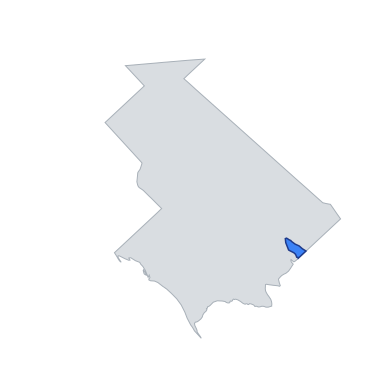 Djigueni, Hodh ech Chargui, Mauritania (highlighted), rotated 317°
{"feature_id": "47542326B52298833192374", "entity_name": "Djigueni", "entity_type": "district", "adm_level": 2, "iso_a3": "MRT", "parent_name": "Mauritania", "parent_adm1": "Hodh ech Chargui", "projection": "equal_earth", "projection_center": [-8.77, 16.018], "detail": "fine", "context": "in_parent", "style": "filled", "palette": "blue", "viewbox_px": 384, "rotation_deg": 317, "n_neighbors": 0, "source": "geoboundaries", "source_scale": "gbopen_adm2", "svg_char_len": 3733}
<svg xmlns="http://www.w3.org/2000/svg" viewBox="0 0 384 384"><g transform="rotate(317 192 192)"><path d="M169.6,328.4L169.2,328.2L167.5,326.6L166.6,324.7L165.2,323.2L163.3,322.3L162.0,321.2L161.5,319.9L160.8,319.1L160.0,318.7L159.9,318.2L160.1,317.6L160.0,316.5L158.8,314.0L157.8,312.8L156.9,313.0L156.4,312.7L156.1,312.1L156.0,311.3L155.3,310.6L154.3,310.3L153.4,308.4L152.8,305.0L152.0,302.3L151.0,300.4L150.2,299.7L149.7,299.6L149.5,299.3L149.4,298.7L148.6,298.5L147.4,299.1L146.4,298.9L145.9,298.0L145.2,297.9L144.3,298.6L143.4,298.4L142.3,297.2L141.7,296.0L141.6,294.8L139.8,292.4L136.3,288.8L132.4,287.1L128.2,287.3L125.9,287.1L125.4,286.6L124.9,286.6L124.3,287.3L123.8,287.4L123.2,287.0L122.8,287.3L122.7,288.2L121.2,288.7L118.4,288.7L116.1,289.3L114.3,290.4L111.9,290.9L108.7,290.7L106.8,290.3L106.2,289.7L105.3,289.5L104.1,289.9L103.0,291.6L102.0,294.9L101.3,296.7L100.6,297.2L100.0,299.6L99.5,303.6L99.0,305.3L99.1,295.3L100.0,291.6L100.4,288.3L102.4,281.0L104.8,275.1L107.1,267.2L108.0,259.6L107.8,252.2L107.3,245.6L106.3,241.2L105.3,234.9L103.8,231.5L101.1,228.6L100.5,226.9L101.1,226.3L102.9,225.9L104.0,223.6L101.7,224.5L104.4,217.5L105.3,212.8L105.3,209.7L105.8,207.8L103.8,203.7L102.4,198.4L101.6,197.6L100.7,197.2L100.6,198.4L100.2,199.5L99.2,198.8L97.5,195.1L95.2,188.9L94.4,188.3L93.6,189.1L93.2,189.9L92.3,195.1L92.0,193.0L92.4,190.6L93.1,187.7L93.9,183.5L96.0,183.5L99.7,183.5L107.2,183.5L111.0,183.5L118.5,183.5L122.3,183.5L129.8,183.5L133.5,183.5L141.0,183.5L144.8,183.5L152.3,183.5L156.1,183.4L158.5,183.4L158.4,180.5L158.3,178.2L158.2,175.1L158.1,172.0L158.0,168.9L157.8,166.0L157.7,163.1L157.6,160.4L157.5,158.0L157.3,156.5L156.6,153.7L156.4,152.3L156.6,150.9L157.2,149.5L158.7,146.9L160.9,145.0L163.5,142.7L165.4,141.0L166.4,140.6L169.5,140.0L171.9,138.7L174.2,137.4L175.2,136.7L175.3,134.4L175.8,81.9L187.2,81.9L190.2,81.9L211.2,81.9L214.2,81.9L229.5,81.9L229.5,79.5L229.5,75.9L229.5,71.1L229.5,66.3L229.5,57.8L229.5,54.2L232.5,56.6L238.5,61.3L241.6,63.7L247.6,68.4L253.7,73.2L259.8,77.9L262.8,80.3L265.9,82.7L268.9,85.1L272.0,87.5L278.1,92.3L280.6,94.3L284.6,97.5L288.3,100.5L292.0,103.5L286.3,103.5L278.7,103.5L273.6,103.5L268.3,103.5L263.3,103.6L263.8,108.5L264.3,113.9L264.7,119.3L265.2,124.7L265.7,130.1L267.2,146.4L267.7,151.8L268.2,157.2L268.7,162.7L269.2,168.1L270.2,179.0L270.7,184.5L271.2,190.0L271.7,195.5L272.2,200.9L272.7,206.4L273.7,217.4L274.2,222.9L274.7,228.4L275.2,233.9L275.7,239.4L276.2,244.9L276.7,250.4L277.2,256.0L278.3,267.0L278.8,272.6L279.3,278.1L279.8,283.7L280.3,289.0L282.2,291.9L284.8,295.4L284.1,300.4L283.2,306.4L282.3,313.0L275.4,313.0L268.6,313.0L251.6,313.0L248.3,313.0L231.3,313.0L227.9,313.0L221.3,313.0L219.4,312.8L218.7,312.3L218.4,308.9L217.9,309.2L217.2,310.2L216.8,311.2L216.9,312.6L216.8,313.8L214.7,314.3L211.7,315.1L208.6,315.7L205.5,315.5L204.4,315.2L203.3,314.8L200.8,314.3L199.4,314.3L197.9,314.4L196.0,314.6L195.4,315.3L194.0,317.8L192.7,320.7L191.8,320.7L190.8,319.1L188.2,316.1L184.9,312.1L183.4,310.1L182.6,309.8L181.1,311.3L179.7,312.6L178.3,314.6L177.7,316.4L177.2,318.6L176.9,321.2L176.4,324.2L175.3,326.6L173.9,328.5L172.9,329.3L172.5,329.8L169.6,328.4ZM102.9,219.3L101.8,221.5L101.4,220.6L101.2,219.2L102.2,217.2L102.7,216.2L103.5,215.8L102.9,219.3Z" fill="#d9dde1" stroke="#a8b0b8" stroke-width="1"/><path d="M235.1,312.9L234.0,308.7L233.6,304.5L231.9,300.5L231.5,298.4L231.0,295.7L231.2,295.0L230.4,293.0L230.2,292.4L230.2,291.9L229.9,291.0L229.7,290.3L229.3,290.0L229.1,290.1L228.7,290.0L228.4,289.8L226.0,293.0L223.9,298.3L223.1,300.3L223.6,301.9L224.7,304.9L225.1,306.0L225.1,307.1L225.3,307.8L225.0,308.8L224.6,310.0L224.1,311.0L224.9,312.2L224.5,312.9L228.9,312.9L235.1,312.9Z" fill="#3b82f6" stroke="#1e3a8a" stroke-width="1.5"/></g></svg>